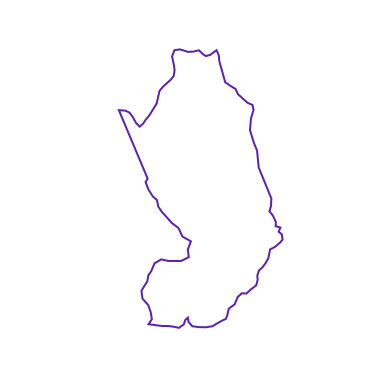 outline of Nerópolis, Goiás, Brazil, rotated 27°
{"feature_id": "56859067B33063676533172", "entity_name": "Nerópolis", "entity_type": "district", "adm_level": 2, "iso_a3": "BRA", "parent_name": "Brazil", "parent_adm1": "Goiás", "projection": "albers", "projection_center": [-49.185, -16.43], "detail": "fine", "context": "isolated", "style": "outline", "palette": "violet", "viewbox_px": 384, "rotation_deg": 27, "n_neighbors": 0, "source": "geoboundaries", "source_scale": "gbopen_adm2", "svg_char_len": 1541}
<svg xmlns="http://www.w3.org/2000/svg" viewBox="0 0 384 384"><g transform="rotate(27 192 192)"><path d="M194.0,85.4L188.7,84.1L184.2,80.5L177.6,79.9L171.7,79.1L157.1,63.2L153.8,58.1L149.5,54.5L146.0,61.5L142.6,64.6L139.1,64.2L133.9,62.6L129.3,66.4L124.7,69.0L120.7,69.6L116.5,70.4L112.0,73.6L112.7,80.3L118.4,87.3L121.3,91.6L123.0,96.8L122.1,101.5L120.8,104.9L118.5,110.9L117.1,116.6L118.6,122.4L120.3,129.3L119.2,143.0L117.9,148.8L117.4,153.3L115.7,157.5L110.8,155.9L104.7,151.8L100.1,149.6L95.5,149.8L89.7,152.3L146.4,200.2L146.1,204.2L152.2,209.7L159.2,213.8L164.3,215.0L168.7,220.4L174.8,223.7L181.1,226.0L188.1,228.8L196.3,230.2L203.8,236.1L213.4,236.4L214.4,245.2L218.7,251.5L213.5,258.5L202.2,264.2L195.2,266.0L191.0,272.6L191.6,280.9L191.0,286.3L192.7,291.8L192.1,298.8L191.8,303.0L196.3,309.5L204.3,312.6L209.8,317.8L214.0,323.6L213.3,329.5L221.4,326.7L226.6,324.8L231.6,322.2L236.7,320.4L242.0,319.0L244.8,313.7L244.1,309.2L245.4,305.8L247.7,309.2L253.2,311.5L259.9,309.1L265.6,306.3L271.1,302.4L274.5,297.0L277.0,293.2L279.8,289.7L279.3,285.3L277.7,279.2L281.0,272.8L280.4,264.9L282.3,259.7L286.6,257.7L288.4,252.7L291.6,246.0L290.4,240.6L288.1,236.7L287.3,231.5L289.0,227.0L289.8,222.0L290.1,216.4L288.8,211.7L287.6,207.7L290.7,203.5L293.4,197.2L294.3,193.4L291.3,189.0L287.3,188.1L286.9,183.5L282.1,184.5L280.2,180.5L274.9,176.4L269.8,174.0L268.7,168.5L265.6,161.7L240.3,139.9L231.1,125.5L224.7,120.0L215.6,110.6L211.2,99.8L209.5,90.8L206.4,87.0L200.9,87.3L194.0,85.4Z" fill="none" stroke="#5b21b6" stroke-width="2"/></g></svg>